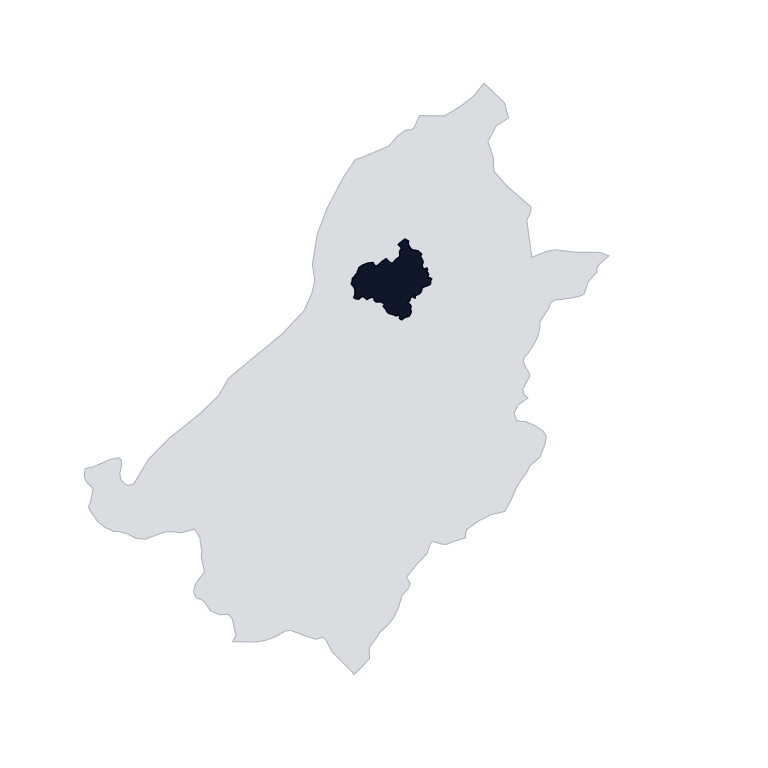 Targovishte highlighted on a map of Bulgaria, rotated 310°
{"feature_id": "BGR-2257", "entity_name": "Targovishte", "entity_type": "Province", "adm_level": 1, "iso_a3": "BGR", "parent_name": "Bulgaria", "parent_adm1": "", "projection": "robinson", "projection_center": [26.357, 43.248], "detail": "fine", "context": "in_parent", "style": "filled", "palette": "ink", "viewbox_px": 768, "rotation_deg": 310, "n_neighbors": 0, "source": "natural_earth", "source_scale": "10m", "svg_char_len": 3691}
<svg xmlns="http://www.w3.org/2000/svg" viewBox="0 0 768 768"><g transform="rotate(310 384 384)"><path d="M626.7,473.9L613.8,471.9L609.3,472.5L606.5,475.4L600.5,474.8L593.1,474.8L585.4,478.1L581.2,479.5L575.5,476.5L564.8,467.4L558.3,461.0L553.5,459.4L548.7,461.3L531.5,463.5L527.4,467.2L519.4,471.3L511.4,473.2L499.9,474.6L493.9,474.4L490.5,476.4L487.7,482.3L485.7,488.2L484.0,490.5L469.7,493.4L466.5,496.8L465.7,500.1L465.9,503.3L454.5,500.2L445.6,502.3L443.6,504.8L441.7,508.4L442.7,512.2L446.0,516.0L449.1,526.1L450.1,536.2L448.3,541.9L441.7,546.0L428.1,550.5L414.9,548.3L409.1,550.1L399.3,550.7L390.3,551.9L376.5,556.0L364.0,558.4L352.8,550.0L339.5,544.3L325.6,540.9L320.7,543.4L318.6,545.3L307.0,537.9L301.7,535.2L299.2,532.4L294.5,522.4L291.6,522.1L281.9,525.8L272.7,525.6L267.0,525.0L250.5,525.4L248.2,532.2L246.1,533.2L242.5,534.1L233.7,533.7L222.4,538.7L210.2,541.8L200.8,541.8L191.0,540.4L185.2,541.4L172.6,542.0L164.5,549.3L152.1,548.9L141.7,547.6L143.0,545.3L145.5,516.3L150.9,503.3L150.7,500.6L149.6,498.6L145.1,496.5L141.9,489.5L135.3,471.0L131.5,467.3L120.8,463.4L111.4,458.1L103.6,451.1L89.3,433.7L96.7,432.0L99.0,428.5L106.5,418.9L107.4,414.2L106.7,411.6L101.9,407.0L98.6,397.0L101.4,387.6L101.7,382.8L99.3,378.1L102.0,372.1L107.3,368.9L110.7,367.9L124.7,367.3L133.7,355.4L139.1,351.7L144.7,344.9L147.3,342.5L149.8,337.2L150.8,331.9L139.8,324.4L136.2,318.7L131.3,312.5L124.8,308.2L111.5,300.8L106.4,293.3L104.2,283.6L100.8,276.2L97.0,271.4L96.3,267.5L94.8,262.7L94.5,253.3L97.9,240.8L100.1,236.4L104.6,235.2L116.8,228.5L117.5,219.9L119.7,214.6L123.6,211.6L127.2,209.6L133.7,214.5L149.5,222.4L157.2,228.2L156.8,231.8L153.0,235.3L146.0,238.8L141.9,243.3L140.7,249.0L141.7,253.0L146.5,256.5L175.2,252.0L204.3,254.3L243.3,262.1L269.2,264.8L288.4,261.2L323.8,267.7L356.8,273.8L388.5,275.6L406.3,270.8L418.8,264.4L429.6,252.3L456.1,236.4L481.8,227.5L515.4,220.2L537.8,217.8L541.0,220.2L569.6,234.9L582.3,234.9L592.6,237.5L596.4,241.4L599.0,242.4L612.7,238.7L618.8,246.7L628.4,258.0L644.6,263.7L659.0,267.0L663.5,267.5L678.7,267.3L676.8,295.4L667.9,308.4L654.1,304.0L636.6,307.7L627.5,322.5L622.2,326.9L617.5,332.1L614.6,351.4L614.1,382.9L607.5,386.8L601.4,388.0L576.1,415.8L590.8,423.6L597.3,429.5L608.1,446.1L623.6,464.8L626.7,473.9Z" fill="#d9dde1" stroke="#a8b0b8" stroke-width="1"/><path d="M470.0,352.6L469.3,351.3L469.7,349.9L467.4,348.9L464.8,350.0L463.2,350.1L461.6,349.7L461.7,351.4L461.6,353.2L461.0,354.8L459.4,355.4L458.0,356.9L456.8,358.6L454.4,359.3L451.9,359.7L448.5,357.2L444.6,356.4L444.1,353.8L446.2,352.2L446.3,350.7L445.0,350.2L443.8,349.2L443.4,347.4L442.3,344.8L441.1,342.3L441.3,339.5L442.6,337.0L442.6,335.0L443.2,333.3L444.5,333.3L445.9,333.1L444.8,328.7L441.7,325.1L441.9,322.5L443.9,320.5L441.3,317.9L437.7,316.6L437.8,314.0L437.5,311.4L435.4,310.5L432.9,310.2L431.2,307.9L430.7,305.2L433.0,304.6L435.4,303.0L437.6,301.0L439.0,298.4L439.5,294.7L442.4,293.4L444.6,291.9L446.8,292.3L448.9,291.9L451.2,292.3L453.1,291.3L457.2,290.0L461.3,291.1L466.1,293.8L470.0,297.4L468.6,301.5L469.7,302.3L470.9,303.0L476.6,303.7L481.4,305.1L480.9,309.6L481.6,313.0L487.6,313.0L489.8,313.9L492.1,313.9L495.5,310.7L497.5,310.4L499.5,309.9L499.9,305.4L501.8,305.4L503.8,305.9L508.5,306.8L509.3,310.9L507.5,312.0L506.2,313.7L505.3,316.4L504.8,319.1L507.9,324.4L507.7,329.4L506.4,329.4L505.0,330.4L503.9,333.4L502.6,335.7L499.6,336.7L497.6,339.7L498.6,341.3L500.4,342.3L499.6,343.9L497.6,344.3L497.4,346.1L496.5,348.0L494.9,348.3L493.6,349.4L495.0,351.0L495.1,353.0L492.8,353.5L491.4,354.8L489.9,355.3L486.9,354.0L484.1,352.2L482.0,351.5L479.9,352.7L477.6,353.2L475.2,353.0L471.6,350.9L470.9,352.0L470.0,352.6Z" fill="#0f172a" stroke="#020617" stroke-width="1.5"/></g></svg>